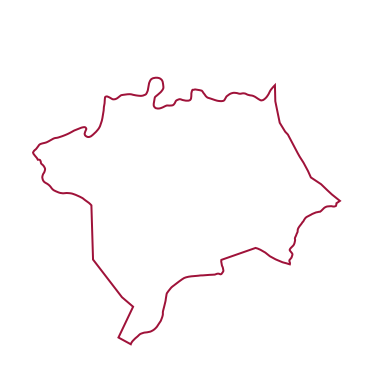 San Antonio del Norte, La Paz, Honduras, rotated 249°
{"feature_id": "27666195B2585232862225", "entity_name": "San Antonio del Norte", "entity_type": "district", "adm_level": 2, "iso_a3": "HND", "parent_name": "Honduras", "parent_adm1": "La Paz", "projection": "natural_earth1", "projection_center": [-87.706, 13.889], "detail": "fine", "context": "isolated", "style": "outline", "palette": "rose", "viewbox_px": 384, "rotation_deg": 249, "n_neighbors": 0, "source": "geoboundaries", "source_scale": "gbopen_adm2", "svg_char_len": 5997}
<svg xmlns="http://www.w3.org/2000/svg" viewBox="0 0 384 384"><g transform="rotate(249 192 192)"><path d="M277.4,59.6L277.2,60.4L276.9,60.9L276.5,61.4L276.1,61.6L275.4,61.7L274.6,61.7L273.4,61.4L272.7,61.4L272.1,61.6L270.4,62.5L269.2,62.9L268.0,63.1L266.7,63.2L266.2,63.1L265.7,62.9L264.6,62.2L263.2,61.0L262.4,59.8L261.7,59.1L260.9,58.4L259.8,57.7L259.1,57.4L257.8,57.2L256.9,57.1L255.9,57.2L255.0,57.4L254.1,57.8L253.1,58.5L252.0,59.4L251.4,59.9L250.3,60.6L249.2,61.2L247.7,61.8L245.5,62.4L243.9,63.1L242.9,63.8L241.4,65.2L239.3,67.4L238.3,68.7L237.6,70.0L237.0,71.1L236.7,72.1L236.0,74.6L235.5,75.7L234.7,77.4L234.1,78.5L233.4,79.6L232.3,80.9L231.0,82.4L227.8,85.6L226.1,87.1L225.4,87.7L223.0,89.1L218.7,91.9L217.1,92.7L215.6,93.3L164.4,75.4L118.9,88.9L106.0,95.9L82.5,71.2L71.8,80.3L72.6,81.0L73.4,82.0L73.8,82.6L74.2,83.3L74.9,84.8L75.7,86.6L76.7,89.5L77.6,91.6L77.9,92.5L78.0,93.1L78.0,94.2L77.9,96.4L77.8,97.2L77.1,99.8L76.8,101.7L76.6,102.8L76.6,103.8L76.8,105.7L77.2,107.4L77.8,109.0L78.8,111.0L80.4,113.2L82.9,116.7L85.0,118.6L86.3,119.7L87.3,120.4L87.9,120.8L88.6,121.1L90.2,121.7L91.1,122.2L95.2,125.1L99.1,127.8L100.2,128.5L101.7,129.3L105.8,131.7L106.5,132.3L107.1,133.2L107.9,134.4L109.9,137.8L110.4,138.8L110.8,140.0L113.0,147.5L114.1,151.7L114.5,153.8L114.5,154.5L114.5,155.5L114.4,156.4L114.1,158.6L113.5,161.2L112.4,165.0L111.6,167.8L111.2,169.5L111.0,170.2L110.2,172.5L108.5,178.2L106.8,183.4L106.7,184.0L106.7,185.8L106.5,186.9L106.3,187.4L106.0,187.9L105.1,188.9L104.9,189.3L104.9,189.7L104.9,190.0L105.1,190.4L105.8,191.5L106.6,192.6L106.9,192.9L107.3,193.1L108.2,193.3L109.3,193.5L110.7,193.7L112.6,193.6L116.3,194.3L117.0,194.5L118.1,195.1L117.0,231.3L115.6,233.1L113.5,235.2L109.2,238.7L104.1,241.7L99.3,245.8L98.4,246.7L93.9,251.4L91.6,254.6L89.4,257.4L89.8,257.7L90.6,258.0L91.4,258.1L92.4,258.1L92.8,258.2L93.4,258.5L93.6,258.8L95.1,261.4L97.2,263.1L97.7,263.4L98.1,263.5L98.7,263.5L102.2,262.4L102.8,262.4L103.0,262.5L103.3,262.7L103.7,263.2L104.3,264.1L104.6,264.8L105.4,266.6L105.8,267.5L106.2,268.0L106.6,268.5L107.6,269.4L109.4,270.6L110.3,271.1L110.8,271.2L111.5,271.3L112.1,271.6L112.7,272.1L114.0,273.5L115.3,274.6L116.7,276.1L117.6,276.6L118.9,277.2L120.0,278.1L121.3,279.8L123.3,283.1L124.2,284.3L124.6,285.3L125.5,286.3L126.8,288.1L127.3,289.1L127.6,290.1L128.2,295.2L128.4,296.4L128.5,300.4L128.2,302.1L128.0,303.6L127.9,304.0L127.7,304.3L127.7,304.6L128.1,305.9L129.7,309.5L130.0,310.7L130.1,311.8L130.1,312.6L129.9,313.6L129.3,315.6L128.7,317.3L128.0,318.3L127.5,319.4L127.4,320.1L127.4,321.0L127.5,321.5L129.4,322.8L129.7,322.8L129.8,323.1L130.2,324.9L130.7,326.9L139.6,321.7L145.3,318.9L153.0,315.3L163.0,308.2L170.1,307.8L179.5,306.6L186.3,305.2L190.4,304.6L211.3,302.1L214.9,300.6L225.2,298.7L246.9,302.3L262.0,307.7L261.3,306.2L260.6,304.8L259.2,302.3L258.2,301.0L255.8,298.4L254.8,297.0L254.0,295.8L253.2,294.2L252.7,292.8L252.4,291.5L252.4,290.9L252.5,290.4L252.6,289.8L252.8,289.3L253.0,289.0L253.4,288.6L255.0,287.3L258.1,285.1L258.9,284.4L259.8,283.5L260.5,282.6L261.6,280.6L262.9,278.8L263.4,278.3L264.3,277.5L264.8,277.0L265.4,276.0L265.9,274.8L266.1,273.9L266.3,272.6L266.6,271.9L266.9,271.2L268.2,269.5L269.1,267.8L269.5,266.9L269.8,266.0L269.9,265.1L270.0,264.2L270.0,263.3L269.9,262.2L269.2,259.6L268.9,258.7L268.8,258.4L268.0,257.4L266.5,255.6L266.1,255.0L265.9,254.3L265.9,253.6L266.2,252.3L266.8,250.8L267.5,249.4L268.3,248.1L269.6,246.4L272.6,242.8L274.0,241.0L274.4,240.5L274.9,240.1L275.6,239.7L276.7,239.2L278.4,238.8L280.3,238.2L282.2,237.8L282.7,237.6L283.1,237.4L283.6,236.7L284.3,235.7L286.4,232.1L286.7,231.4L286.8,230.2L287.0,229.8L287.1,229.5L287.2,229.2L287.1,228.9L286.7,228.5L285.9,227.8L284.4,226.8L281.7,225.7L279.8,224.7L279.3,224.3L278.9,223.8L278.6,223.3L278.5,222.7L278.5,222.0L278.6,221.3L279.0,220.2L279.4,219.1L280.1,218.0L281.3,216.1L282.3,215.0L282.8,214.3L283.1,213.7L283.2,212.9L283.2,212.2L283.2,211.4L283.1,210.5L282.9,209.8L282.4,209.1L281.3,208.0L280.6,207.0L280.1,206.1L280.0,205.6L279.9,205.1L280.0,204.4L280.2,203.6L280.8,201.8L281.6,200.0L281.8,199.4L281.8,199.0L281.8,198.0L281.5,194.9L281.5,192.9L281.6,192.2L281.7,191.4L281.9,190.8L282.1,190.1L282.9,188.8L283.2,188.3L283.5,188.0L284.8,187.4L285.4,187.3L286.0,187.2L286.9,187.4L288.3,188.0L293.0,190.8L293.7,191.3L294.1,192.0L294.3,192.6L295.1,195.0L296.4,198.5L297.1,199.8L298.0,201.2L298.8,202.1L299.3,202.5L299.7,202.7L300.5,203.0L302.8,203.6L305.3,204.1L306.5,204.1L307.1,204.0L307.8,203.8L308.5,203.4L309.1,203.1L309.7,202.5L310.3,201.9L310.7,201.2L311.2,200.4L311.5,199.6L311.8,198.7L312.0,197.5L312.2,196.5L312.1,195.5L312.0,194.6L311.6,193.8L311.0,192.9L309.7,191.6L308.9,190.9L305.1,188.6L303.1,187.4L302.5,187.0L301.1,185.7L300.3,184.8L299.8,184.1L299.6,183.2L299.6,181.9L299.6,180.7L299.8,179.7L300.0,178.9L300.6,177.5L301.2,176.3L302.3,174.3L303.8,171.9L304.9,170.4L305.3,169.6L305.7,168.8L306.4,166.6L307.4,162.4L307.7,160.9L307.7,160.4L307.6,159.9L306.4,156.0L306.2,154.9L306.2,153.5L306.5,152.3L306.8,151.5L307.3,150.9L309.8,148.9L311.4,147.3L311.7,146.8L311.9,146.3L311.9,145.8L311.9,145.4L311.7,145.0L311.6,144.8L310.9,144.4L309.3,143.6L306.2,142.2L302.9,140.2L299.7,138.7L293.2,134.9L290.9,133.4L289.9,132.6L287.6,130.7L286.5,129.8L285.5,128.7L284.7,127.7L283.9,126.4L282.6,124.0L281.9,122.3L281.0,120.1L280.6,118.9L280.2,117.5L280.2,116.7L280.2,115.9L280.4,115.1L280.8,114.3L281.5,113.5L282.2,113.0L282.7,112.7L283.3,112.5L284.2,112.5L284.8,112.6L285.4,113.0L286.6,113.9L288.3,115.6L288.7,115.9L289.3,116.0L289.7,115.9L290.1,115.8L290.5,115.6L290.8,115.3L291.0,115.0L291.2,114.6L291.5,113.3L291.7,111.8L291.6,104.0L291.5,103.3L291.2,101.2L290.9,98.9L290.7,96.6L290.6,93.9L290.6,90.9L290.8,86.7L291.0,85.3L291.4,83.7L291.5,82.8L291.5,81.7L291.3,80.3L290.7,76.2L290.5,74.0L290.6,72.5L291.0,69.5L291.1,67.9L291.0,67.0L290.7,66.1L289.7,64.6L288.2,62.2L287.9,61.6L287.4,60.1L287.0,59.2L286.3,58.3L285.9,57.8L285.4,57.7L284.5,57.7L282.4,58.3L279.2,59.4L278.4,59.5L277.4,59.6Z" fill="none" stroke="#9f1239" stroke-width="2"/></g></svg>